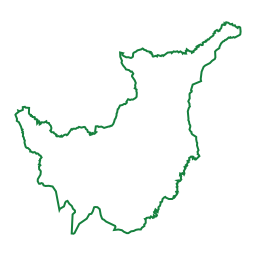 São João d'Aliança, Goiás, Brazil
{"feature_id": "56859067B77491751884475", "entity_name": "São João d'Aliança", "entity_type": "district", "adm_level": 2, "iso_a3": "BRA", "parent_name": "Brazil", "parent_adm1": "Goiás", "projection": "albers", "projection_center": [-47.424, -14.432], "detail": "fine", "context": "isolated", "style": "outline", "palette": "green", "viewbox_px": 256, "rotation_deg": 0, "n_neighbors": 0, "source": "geoboundaries", "source_scale": "gbopen_adm2", "svg_char_len": 5797}
<svg xmlns="http://www.w3.org/2000/svg" viewBox="0 0 256 256"><path d="M114.1,230.0L118.4,229.5L121.9,230.2L123.9,231.8L126.8,233.1L128.4,233.1L131.2,231.3L133.6,231.0L136.1,229.8L138.3,229.4L140.8,229.5L141.9,227.7L144.4,226.0L144.2,224.5L145.3,223.6L145.7,222.7L145.7,220.2L145.0,219.0L146.0,218.8L146.5,217.9L149.0,217.5L149.9,218.1L150.9,216.4L151.7,216.7L152.8,217.9L153.9,217.5L153.9,215.4L155.7,216.6L156.4,216.3L157.0,215.2L155.7,213.5L154.3,212.9L154.0,212.1L155.9,210.8L155.1,210.4L155.5,209.4L156.4,210.2L156.7,211.7L157.6,212.2L158.0,210.1L158.7,209.0L158.4,208.0L158.6,207.0L160.0,205.8L160.7,203.0L160.4,202.3L162.1,201.6L162.5,199.1L164.2,197.4L165.3,196.9L165.9,197.6L168.9,199.0L172.2,199.0L173.3,198.1L173.5,197.2L174.2,197.7L174.9,196.9L174.4,196.0L175.7,195.7L176.7,194.5L177.3,193.4L176.6,192.9L176.2,191.8L177.8,191.6L177.3,190.6L177.3,188.0L176.7,187.1L177.5,186.6L176.7,183.9L177.5,183.6L177.4,182.7L178.1,181.9L178.9,181.5L177.3,180.6L179.1,180.3L180.4,180.6L181.3,179.4L180.8,178.0L181.2,176.5L180.9,175.2L180.0,175.4L180.2,173.5L181.0,173.9L182.3,173.2L182.7,173.9L183.5,173.7L184.0,174.5L184.4,173.6L183.9,170.9L185.1,168.9L184.7,167.3L185.5,167.5L185.4,166.6L186.5,166.3L187.1,165.5L186.1,164.9L187.2,163.9L187.5,162.9L188.7,162.0L187.6,161.0L189.4,160.0L189.2,157.9L190.5,157.2L191.0,156.6L192.9,156.6L193.5,157.1L192.6,157.9L192.8,158.8L193.6,158.2L194.9,159.3L195.4,158.6L196.0,159.3L199.4,156.1L198.6,154.7L197.7,154.2L197.9,153.3L197.5,151.9L198.5,150.2L197.0,145.4L197.2,142.9L196.7,142.0L196.2,139.4L196.2,136.9L192.3,134.4L191.5,133.3L191.5,132.1L190.6,131.4L189.5,129.5L190.3,126.7L190.2,125.3L189.4,124.1L189.0,121.5L188.3,120.1L188.5,118.9L187.8,111.3L188.8,108.0L189.9,106.4L189.5,105.5L189.5,103.8L188.3,101.3L189.7,98.4L189.5,94.0L190.4,92.6L191.5,91.9L191.8,91.0L191.0,90.2L192.7,84.6L201.1,81.1L200.7,79.1L201.6,71.7L203.6,66.9L205.2,65.5L209.9,63.1L212.1,60.8L214.8,59.0L215.4,57.4L215.1,51.5L216.4,50.1L219.3,48.2L219.6,46.5L221.1,43.4L223.2,41.3L224.1,41.1L225.2,39.9L226.3,39.7L228.7,37.5L229.9,37.9L230.4,37.2L231.2,37.7L232.1,37.7L233.6,37.1L234.7,37.6L239.8,34.9L240.3,34.2L240.6,31.5L240.2,27.5L239.3,26.9L238.2,26.9L237.7,28.0L235.3,26.3L234.9,25.3L233.2,25.5L232.4,25.0L232.2,23.9L230.3,24.3L228.4,22.8L226.2,22.3L225.4,24.3L224.4,23.3L224.1,24.9L222.4,24.6L221.9,25.2L221.2,28.1L219.9,29.6L219.5,30.8L218.8,30.6L218.2,31.2L217.0,30.0L215.1,31.2L214.5,31.9L215.0,32.9L213.4,33.7L213.6,34.9L213.1,35.7L210.3,37.6L208.6,39.6L207.6,39.4L206.5,41.0L205.7,40.8L205.6,41.8L203.7,42.1L202.7,42.7L202.9,43.8L202.6,45.0L201.7,45.1L200.6,44.5L198.9,45.2L198.8,46.1L198.1,45.7L196.7,46.5L197.5,47.4L195.6,48.7L196.1,49.2L193.6,50.8L193.6,51.9L191.9,52.8L191.7,51.6L189.5,51.2L186.8,49.3L186.7,50.2L186.0,50.7L186.5,51.3L185.5,52.4L186.0,53.6L184.9,53.6L183.4,52.9L182.7,53.6L182.2,52.6L180.4,51.4L178.6,52.4L177.4,51.3L175.2,51.8L173.6,51.4L171.7,53.1L171.2,52.2L167.6,52.6L163.3,55.9L162.9,55.2L161.7,55.4L161.0,56.1L157.8,55.1L157.2,55.6L157.0,56.4L156.0,55.8L153.1,56.6L152.5,55.9L152.4,54.6L151.5,53.9L151.7,53.2L150.1,52.7L150.5,51.9L146.6,51.1L146.2,50.4L143.9,49.7L143.4,48.9L142.5,48.5L141.5,49.3L137.4,50.4L136.2,51.5L133.9,52.6L133.2,53.4L132.9,56.7L131.5,57.8L130.5,57.9L128.4,57.2L126.3,57.3L123.5,55.9L122.4,54.9L122.5,53.8L123.0,53.2L120.1,52.5L120.3,56.8L122.0,60.8L121.5,62.7L123.0,65.4L125.2,68.0L125.9,69.4L129.0,70.1L130.8,71.7L131.8,71.5L133.3,73.6L133.0,74.5L132.1,75.2L132.0,76.4L134.7,80.3L135.8,83.0L135.1,85.2L135.4,87.2L134.7,88.2L136.6,89.6L136.3,91.0L136.8,92.7L136.6,96.8L135.4,98.1L132.9,99.6L131.3,99.5L130.1,100.0L128.1,99.2L126.4,101.8L126.8,102.7L125.3,104.1L124.2,103.9L122.4,105.0L120.0,105.5L118.4,108.8L117.7,109.2L117.1,112.7L116.6,113.4L116.5,115.6L115.5,118.5L114.8,119.3L114.2,121.6L113.2,124.1L111.6,125.9L110.3,125.9L109.8,126.5L108.7,126.5L104.1,127.9L101.5,126.6L98.5,126.9L97.8,126.2L95.8,126.4L95.1,131.6L96.3,132.1L94.5,133.8L93.3,133.6L92.9,132.9L91.7,133.4L92.1,134.3L90.1,135.0L89.6,134.1L90.1,132.6L87.8,132.0L87.3,130.0L85.8,128.9L85.2,127.3L84.1,126.9L81.5,127.6L78.9,126.9L78.2,127.7L77.2,127.8L75.8,128.8L73.2,128.7L72.2,129.6L71.4,129.1L67.7,134.6L66.8,135.2L66.2,134.6L65.2,134.6L63.5,135.4L62.2,136.7L61.0,136.7L61.0,135.9L59.7,136.6L58.5,136.1L57.0,136.4L56.1,135.7L56.5,134.7L54.0,133.2L53.6,132.3L51.5,132.2L50.8,131.4L50.3,130.5L51.0,130.1L51.4,128.0L50.8,125.9L49.2,124.0L48.9,123.0L47.2,122.8L46.5,122.3L46.3,121.3L44.1,122.5L41.7,122.3L40.5,124.0L39.7,124.4L39.6,121.9L39.1,121.3L37.2,123.5L37.0,121.0L37.5,120.0L36.7,119.2L35.2,119.3L34.7,118.8L34.9,117.9L34.6,117.1L32.5,117.0L32.1,116.0L30.9,115.9L31.0,114.9L29.7,114.5L29.2,113.8L28.9,113.0L29.1,107.9L25.5,107.6L24.9,106.8L22.8,107.1L22.8,109.9L19.7,111.2L18.2,110.6L18.5,112.0L16.1,113.8L15.4,114.8L17.0,118.8L16.8,120.9L18.9,122.2L21.0,126.6L21.7,129.1L22.5,129.5L22.0,130.4L22.9,131.8L22.3,132.6L23.1,133.3L22.9,136.4L23.7,137.2L24.1,139.4L24.8,140.4L24.5,142.6L25.6,146.7L26.5,147.8L27.9,148.0L29.9,149.8L30.3,150.4L30.2,151.5L31.1,151.6L33.0,152.6L34.2,152.1L35.2,152.4L36.3,153.7L37.1,153.4L38.3,153.8L39.4,155.3L40.5,155.6L41.6,157.4L40.0,159.3L40.1,160.3L39.5,160.7L39.9,161.4L39.7,162.4L39.5,163.6L39.0,164.4L39.9,164.6L40.4,165.2L39.0,166.6L39.2,169.3L40.5,170.6L40.8,171.5L40.5,174.6L37.8,179.2L37.7,181.2L39.0,183.7L40.1,183.8L41.3,183.1L42.7,183.5L43.6,185.4L45.5,186.0L48.7,185.8L52.6,186.5L55.9,191.4L59.4,209.9L59.9,208.8L64.0,206.4L65.2,202.6L66.0,201.5L67.5,200.9L69.3,203.8L71.8,206.0L73.0,208.8L74.9,210.5L75.0,212.2L72.6,214.4L71.7,233.5L73.5,233.7L74.5,233.1L79.3,223.8L86.8,218.6L89.3,214.2L91.4,213.8L92.8,211.4L94.1,207.3L95.1,207.0L97.5,207.2L99.7,209.2L100.7,214.9L101.9,218.2L102.5,219.1L103.9,219.7L106.1,221.6L115.1,225.9L115.5,226.9L114.1,230.0Z" fill="none" stroke="#15803d" stroke-width="2"/></svg>